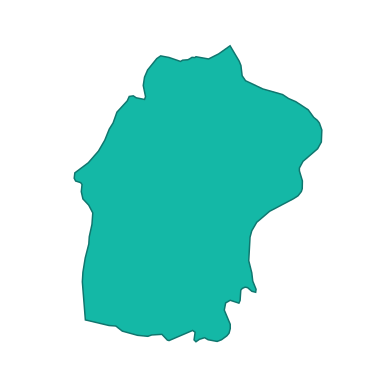 San José La Arada, Chiquimula, Guatemala, rotated 280°
{"feature_id": "79465075B89151585354949", "entity_name": "San José La Arada", "entity_type": "district", "adm_level": 2, "iso_a3": "GTM", "parent_name": "Guatemala", "parent_adm1": "Chiquimula", "projection": "mercator", "projection_center": [-89.61, 14.714], "detail": "fine", "context": "isolated", "style": "filled", "palette": "teal", "viewbox_px": 384, "rotation_deg": 280, "n_neighbors": 0, "source": "geoboundaries", "source_scale": "gbopen_adm2", "svg_char_len": 1429}
<svg xmlns="http://www.w3.org/2000/svg" viewBox="0 0 384 384"><g transform="rotate(280 192 192)"><path d="M47.5,109.2L46.1,133.5L46.8,140.2L42.9,147.5L41.4,163.2L42.2,173.6L44.2,177.1L46.6,187.1L41.9,193.4L41.7,195.2L55.8,216.7L54.4,219.4L46.7,219.7L45.2,221.9L48.2,224.9L50.7,229.7L49.3,233.5L49.2,242.7L51.6,246.7L56.4,251.3L59.4,253.0L64.2,253.4L68.4,252.6L81.3,244.3L88.6,244.4L92.0,248.4L90.7,257.5L93.6,258.2L103.8,257.1L105.8,258.3L107.5,260.8L107.5,263.3L104.6,268.2L104.3,272.1L107.3,272.0L114.8,267.3L122.8,264.9L134.2,259.8L157.6,257.0L164.2,257.6L173.4,261.0L186.5,271.8L203.0,293.1L206.7,297.1L211.4,299.6L214.4,300.0L222.1,298.8L231.4,294.1L234.3,293.6L241.5,296.0L256.4,308.2L263.7,310.7L275.6,309.1L282.0,305.5L284.4,302.9L286.6,298.9L293.1,292.2L299.0,278.5L300.8,270.9L303.7,264.3L305.8,243.8L310.9,225.4L315.2,221.2L325.1,218.2L329.1,215.7L342.6,204.1L332.6,194.2L325.9,185.2L325.9,172.4L324.9,171.5L324.6,168.6L322.5,166.3L321.5,164.9L320.2,159.9L318.6,158.0L320.5,146.0L320.6,137.5L317.2,134.1L304.5,127.1L296.9,125.3L288.4,125.5L277.8,129.7L274.9,129.2L275.1,120.7L276.5,117.5L275.2,113.6L270.5,112.4L257.6,104.2L246.3,102.3L239.6,99.6L227.8,97.1L216.1,92.8L202.8,84.8L190.5,73.3L185.1,73.6L182.6,75.5L181.9,80.7L180.3,82.4L173.1,82.9L166.2,85.8L161.1,92.6L154.2,97.9L142.8,99.1L130.1,98.6L122.9,99.4L108.5,98.3L94.1,98.5L84.5,99.6L47.5,109.2Z" fill="#14b8a6" stroke="#0f766e" stroke-width="1.5"/></g></svg>